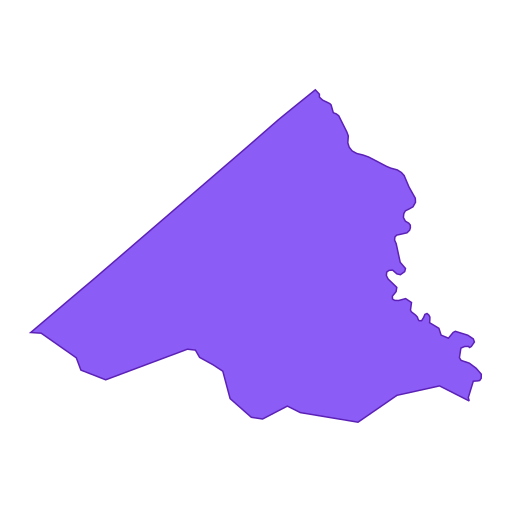 the district of Richmond, Georgia, United States of America
{"feature_id": "52423323B1751844526398", "entity_name": "Richmond", "entity_type": "district", "adm_level": 2, "iso_a3": "USA", "parent_name": "United States of America", "parent_adm1": "Georgia", "projection": "albers", "projection_center": [-81.966, 33.386], "detail": "fine", "context": "isolated", "style": "filled", "palette": "violet", "viewbox_px": 512, "rotation_deg": 0, "n_neighbors": 0, "source": "geoboundaries", "source_scale": "gbopen_adm2", "svg_char_len": 1671}
<svg xmlns="http://www.w3.org/2000/svg" viewBox="0 0 512 512"><path d="M105.7,379.8L187.4,349.2L195.4,350.1L199.6,357.4L212.9,364.7L222.8,371.2L230.1,398.6L251.3,417.3L262.6,419.0L287.3,406.1L300.3,412.6L358.0,422.2L397.0,395.3L439.5,385.9L469.3,401.0L469.2,400.9L468.3,397.5L473.3,381.2L477.6,380.9L479.7,380.5L481.2,378.3L481.3,374.2L476.2,368.3L469.4,363.2L461.1,360.4L459.4,357.7L460.9,348.1L464.6,346.5L468.4,346.4L469.5,347.5L471.3,346.5L474.4,342.0L473.3,338.9L467.8,335.2L455.3,331.3L453.1,332.5L448.4,338.2L441.1,335.1L438.9,328.3L429.6,322.7L429.8,320.4L429.9,317.1L428.8,315.0L427.0,313.5L424.9,314.4L423.6,317.5L421.6,320.7L419.1,320.7L418.2,319.5L417.4,317.1L415.6,315.1L411.2,311.7L410.5,310.0L411.5,302.5L405.6,298.6L398.6,300.5L394.7,300.4L392.5,299.0L392.4,296.1L394.1,294.1L396.1,291.6L396.8,287.4L388.1,279.0L386.4,275.6L386.7,272.1L389.0,270.4L392.6,270.1L396.9,273.9L400.4,274.7L404.7,271.6L405.5,268.5L400.2,262.3L396.2,243.7L394.6,240.1L394.9,237.0L396.7,235.1L400.5,234.3L407.0,232.8L409.6,230.2L410.4,227.7L410.3,225.1L408.8,223.2L405.4,221.2L403.4,217.5L403.8,213.6L405.4,210.8L409.1,209.0L413.0,206.8L415.5,202.3L415.4,199.9L415.3,198.2L409.0,187.0L404.5,176.4L404.2,175.6L401.4,172.5L397.3,169.9L390.7,168.1L386.6,166.4L378.8,162.3L368.6,157.0L363.0,155.0L356.8,153.5L352.1,150.9L349.2,147.2L347.8,142.8L348.3,136.0L346.9,132.1L338.7,115.7L336.1,113.8L333.7,112.9L333.2,112.4L331.1,104.9L329.8,103.6L329.4,103.4L322.6,100.1L319.4,97.1L319.4,94.2L315.3,89.8L293.0,107.8L278.2,119.9L245.2,148.7L227.5,163.9L92.7,280.0L82.7,288.4L30.7,332.5L41.2,333.2L76.3,357.8L80.9,370.1L105.7,379.8Z" fill="#8b5cf6" stroke="#5b21b6" stroke-width="1.5"/></svg>